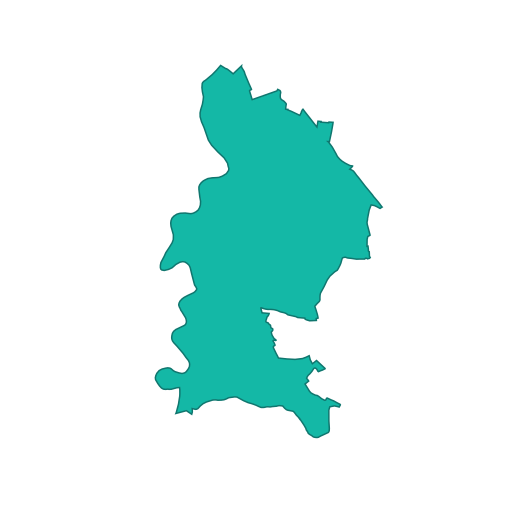 Santana De Mures, Mures, Romania (Natural Earth projection), rotated 161°
{"feature_id": "2599482B40977514976433", "entity_name": "Santana De Mures", "entity_type": "district", "adm_level": 2, "iso_a3": "ROU", "parent_name": "Romania", "parent_adm1": "Mures", "projection": "natural_earth1", "projection_center": [24.57, 46.597], "detail": "fine", "context": "isolated", "style": "filled", "palette": "teal", "viewbox_px": 512, "rotation_deg": 161, "n_neighbors": 0, "source": "geoboundaries", "source_scale": "gbopen_adm2", "svg_char_len": 6107}
<svg xmlns="http://www.w3.org/2000/svg" viewBox="0 0 512 512"><g transform="rotate(161 256 256)"><path d="M373.8,148.2L377.5,141.2L382.3,134.0L383.0,133.2L372.2,132.4L368.3,127.3L367.0,129.2L366.4,131.1L366.2,131.5L366.0,132.5L363.1,130.7L362.1,130.5L360.7,130.6L357.4,132.4L354.1,133.6L350.5,134.1L343.7,133.9L341.0,133.1L338.9,132.0L335.6,131.0L333.1,130.5L330.9,130.5L327.9,130.9L321.9,129.7L319.9,128.8L314.8,123.2L311.2,119.9L308.4,118.0L306.6,116.6L304.4,114.8L302.7,113.1L300.8,111.4L300.1,111.0L298.3,110.4L297.5,110.2L294.9,109.9L293.9,109.6L291.8,108.7L289.5,108.3L285.5,107.3L283.8,107.2L282.3,106.8L281.0,106.2L279.6,105.5L278.4,102.6L277.3,100.8L276.1,99.8L271.9,97.4L271.5,97.1L271.0,96.4L270.6,95.4L270.0,93.6L269.7,92.5L268.4,89.8L267.8,87.7L267.6,87.9L267.1,85.9L265.7,80.6L264.9,76.3L265.0,76.0L265.1,75.7L265.1,75.1L264.7,74.4L264.7,73.5L264.3,72.4L264.4,71.9L264.3,71.3L263.5,70.0L261.7,67.9L261.0,66.7L260.2,65.9L259.0,65.2L257.4,64.5L256.0,64.3L254.4,64.6L253.2,64.8L251.9,64.9L245.1,65.6L244.4,66.1L243.7,66.9L242.8,69.1L240.8,76.3L237.3,86.6L235.3,89.4L230.6,88.7L227.8,87.0L226.5,86.1L224.7,87.8L224.8,88.4L227.5,91.2L229.7,93.7L231.7,95.4L234.9,98.5L235.6,98.5L236.7,97.3L237.4,97.1L238.0,97.2L240.4,99.7L242.3,102.7L243.4,104.1L245.3,105.2L247.1,107.0L248.6,108.7L249.5,110.9L251.3,119.0L246.9,120.6L247.3,122.2L247.8,123.3L248.0,123.8L247.7,124.2L246.8,125.2L245.5,126.2L243.4,127.1L240.7,128.7L238.2,130.7L237.4,131.0L236.7,130.9L235.9,130.2L235.3,128.8L235.1,127.3L234.9,126.7L234.6,126.3L232.4,126.5L230.3,126.5L227.4,126.9L227.3,127.2L232.8,137.5L235.8,136.4L237.8,135.8L238.5,140.2L238.2,144.4L241.5,144.0L245.4,143.9L252.7,145.5L260.3,148.6L268.0,152.2L268.2,154.2L268.7,157.4L269.4,163.5L269.2,164.5L268.5,165.1L267.5,165.2L267.1,165.4L267.0,166.0L267.2,168.4L267.6,170.1L267.3,170.5L266.6,170.6L265.6,170.2L264.9,169.7L264.5,169.8L264.5,170.2L265.8,172.1L266.5,175.4L266.6,176.9L266.3,179.1L265.7,179.6L265.1,179.7L264.5,180.1L264.0,181.1L263.9,181.6L264.2,182.1L265.2,183.2L265.2,183.9L264.9,185.3L264.9,186.0L265.8,187.2L266.4,189.0L267.3,189.6L267.8,190.1L267.9,190.5L268.0,191.1L267.5,191.9L266.4,193.3L265.6,194.5L265.1,194.9L264.1,195.4L263.0,196.4L262.3,197.4L268.8,200.3L268.4,205.2L268.0,205.4L265.8,203.7L263.9,202.5L262.1,201.6L259.4,200.7L256.7,199.5L255.2,198.6L253.2,197.2L251.2,195.3L247.7,193.1L246.2,191.8L245.0,190.0L237.9,185.6L236.7,184.3L230.0,181.3L230.1,180.2L228.9,179.1L226.4,177.3L219.9,175.4L219.4,177.3L218.0,177.1L217.5,177.1L217.2,179.0L217.0,181.0L216.8,185.8L216.8,189.0L216.7,189.4L216.1,189.7L213.7,191.1L211.2,192.3L210.3,193.0L209.7,194.0L209.2,195.6L208.7,196.9L208.1,198.3L207.1,199.9L201.5,205.0L196.5,210.1L192.7,212.9L186.8,215.4L183.8,216.1L182.3,217.3L179.5,220.0L178.1,221.6L175.2,225.8L174.4,226.1L172.3,225.9L171.8,225.7L170.2,224.4L166.4,222.6L162.0,220.3L159.4,219.5L154.2,217.7L153.4,218.2L152.9,218.1L151.8,217.6L151.5,217.0L149.4,216.9L148.5,217.3L148.8,218.9L147.5,223.2L148.1,224.0L147.5,226.1L146.9,228.9L147.9,229.0L145.5,235.6L143.9,238.1L141.5,238.4L141.3,239.0L140.5,249.9L140.0,251.9L138.8,253.9L138.4,255.0L134.0,262.6L130.5,266.8L127.6,265.1L125.9,263.5L123.2,260.6L120.8,261.2L121.0,261.6L122.7,266.9L125.5,274.0L126.0,275.8L130.1,286.7L133.5,296.8L134.6,299.6L135.5,302.6L136.2,304.5L137.0,305.6L138.0,306.6L139.1,307.5L135.6,309.3L135.4,309.7L137.5,310.8L138.6,311.8L141.3,314.6L143.7,317.6L145.2,320.1L146.4,323.0L146.7,324.0L147.0,326.4L148.4,334.0L149.2,336.6L150.4,340.3L150.7,340.8L149.3,340.3L144.2,348.8L140.4,355.7L139.6,357.3L143.4,358.9L143.8,358.3L151.1,361.4L150.7,362.0L153.5,363.3L156.4,358.1L158.1,362.8L159.8,367.8L162.6,375.8L163.8,379.5L164.6,379.1L166.2,377.5L166.4,377.0L168.8,374.7L175.3,381.1L178.6,384.0L178.3,384.3L180.2,385.2L178.9,388.0L178.0,389.6L177.9,390.0L178.1,390.8L179.1,393.1L180.0,394.3L181.0,395.6L181.3,396.3L181.5,397.4L181.1,399.1L180.3,401.1L179.5,402.3L179.3,403.1L179.3,404.1L179.6,404.8L181.2,406.5L182.5,405.3L208.7,405.1L208.4,413.9L208.3,414.4L207.9,414.7L206.5,414.8L206.1,414.9L206.0,415.0L206.6,421.7L207.1,429.6L207.2,431.3L207.1,433.9L207.2,434.8L207.4,435.8L207.9,437.9L208.1,439.2L208.0,440.1L207.8,440.5L218.3,435.7L220.6,439.5L222.0,441.6L222.9,442.7L223.5,442.9L227.4,447.7L232.7,444.6L238.5,441.7L246.6,438.6L248.4,438.2L249.9,437.4L250.7,436.6L252.3,432.8L253.2,428.7L253.8,423.7L255.2,420.7L257.3,416.9L260.6,412.4L262.3,409.5L263.5,405.8L263.8,400.7L263.3,394.3L263.3,381.1L261.9,375.2L258.2,366.8L254.2,359.2L252.7,353.0L253.1,350.0L253.2,347.5L254.1,345.8L257.2,343.5L261.7,342.5L265.4,342.4L267.5,342.9L272.1,344.2L276.3,344.9L279.7,344.5L281.6,344.1L284.0,343.1L286.1,341.6L287.5,339.9L288.3,337.5L289.9,330.2L290.6,325.7L292.0,322.3L293.7,320.0L295.7,318.3L298.4,317.3L301.4,316.9L303.7,317.2L304.9,317.7L309.0,319.7L313.4,321.0L314.6,321.2L317.3,321.3L320.8,320.4L323.1,319.1L324.8,317.1L325.9,314.9L326.7,311.7L327.2,303.1L327.9,301.0L328.9,298.4L331.0,295.8L335.0,292.5L340.2,288.5L342.8,285.7L348.0,280.8L349.4,278.4L350.2,276.2L350.3,274.6L349.7,273.5L347.5,272.2L343.0,271.8L339.1,272.2L334.5,274.1L329.9,274.9L327.0,274.5L325.1,273.4L323.5,271.4L322.3,269.1L322.0,266.3L322.6,260.4L323.4,250.2L323.5,248.6L322.8,245.8L322.7,244.2L323.3,243.4L325.4,242.1L327.0,241.6L333.5,240.9L337.3,240.3L339.9,239.5L342.5,238.1L344.1,236.5L345.0,234.9L345.1,232.8L344.8,231.0L344.7,229.0L344.3,227.8L342.7,220.5L342.7,219.0L343.0,217.1L343.6,215.7L344.5,214.6L345.6,213.9L346.9,213.6L348.8,213.4L355.7,212.6L358.4,211.6L360.2,210.1L361.4,208.2L362.2,206.5L362.6,205.0L362.6,203.0L362.0,200.8L359.9,196.1L356.6,187.6L355.3,183.1L353.9,179.1L353.7,176.7L354.1,175.0L354.9,173.2L356.3,171.7L357.6,170.7L359.7,169.3L361.2,168.8L362.5,168.8L363.6,168.9L364.6,169.2L366.8,170.5L370.2,173.0L371.5,174.5L372.9,176.9L373.9,178.0L375.9,179.0L378.2,179.4L381.6,179.7L384.9,179.2L387.9,177.4L389.6,175.6L390.8,173.7L391.2,171.7L390.4,167.6L389.5,164.5L388.4,162.0L387.5,160.9L386.6,160.1L384.8,159.3L382.6,158.8L381.8,158.3L379.5,157.6L373.7,157.2L371.1,156.5L371.5,154.5L372.9,150.4L373.8,148.2Z" fill="#14b8a6" stroke="#0f766e" stroke-width="1.5"/></g></svg>